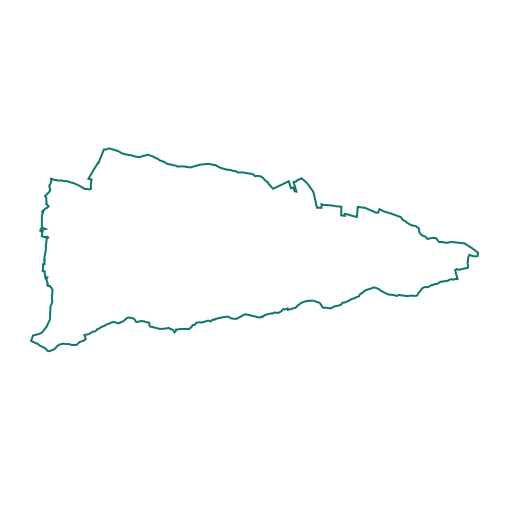 Balilesti, Arges, Romania (Mercator projection), rotated 272°
{"feature_id": "2599482B12709489065851", "entity_name": "Balilesti", "entity_type": "district", "adm_level": 2, "iso_a3": "ROU", "parent_name": "Romania", "parent_adm1": "Arges", "projection": "mercator", "projection_center": [24.936, 45.06], "detail": "fine", "context": "isolated", "style": "outline", "palette": "teal", "viewbox_px": 512, "rotation_deg": 272, "n_neighbors": 0, "source": "geoboundaries", "source_scale": "gbopen_adm2", "svg_char_len": 6002}
<svg xmlns="http://www.w3.org/2000/svg" viewBox="0 0 512 512"><g transform="rotate(272 256 256)"><path d="M267.1,477.8L271.5,471.4L275.9,463.8L276.9,450.6L275.8,446.7L276.1,443.3L276.6,441.8L276.4,440.7L276.3,438.5L280.1,435.4L280.4,432.4L279.0,426.7L281.3,424.5L282.4,421.2L284.9,418.6L289.4,417.7L289.9,417.1L290.1,416.3L290.9,415.5L291.5,414.5L292.3,409.8L294.9,405.2L295.6,404.7L297.4,401.1L299.8,399.6L303.3,388.8L305.0,382.2L307.1,377.9L305.6,377.2L303.6,376.7L303.5,374.5L307.9,363.3L308.2,360.0L308.7,356.1L298.5,355.4L299.6,350.4L300.6,346.8L301.2,343.1L299.2,343.3L299.6,339.7L308.1,339.6L308.3,338.9L308.5,334.4L309.2,329.6L309.1,329.3L309.4,324.4L309.3,322.2L309.5,321.1L310.1,319.7L306.4,319.8L306.4,315.3L311.1,313.9L312.3,313.9L313.1,313.5L321.6,311.2L322.8,310.6L330.3,304.7L333.7,300.9L333.9,300.3L335.2,298.8L332.6,293.9L332.3,293.5L331.7,293.4L331.2,291.0L321.8,294.1L322.0,292.4L325.7,291.0L324.9,288.6L331.9,286.1L330.3,283.3L323.8,270.7L328.3,266.3L329.2,265.6L330.1,265.4L330.8,263.8L332.9,261.5L334.4,260.2L335.9,257.4L336.1,254.8L335.7,252.2L337.1,250.9L338.2,247.9L338.2,245.2L338.7,242.6L339.1,239.8L338.8,236.2L339.0,234.5L339.9,233.2L340.1,232.6L340.3,231.1L340.1,230.2L341.0,227.9L341.0,226.9L341.3,225.4L341.1,224.2L341.6,223.0L342.0,220.6L342.7,218.2L343.6,215.8L344.2,214.7L344.6,213.4L345.5,212.5L345.4,210.9L346.4,206.4L346.3,203.9L345.3,196.9L342.2,187.3L342.6,183.5L343.0,181.3L342.9,179.9L343.0,178.3L342.6,174.4L343.5,173.0L343.9,169.4L344.3,168.6L344.4,167.3L344.6,166.3L344.6,165.1L344.8,164.9L345.3,163.4L347.0,160.8L347.0,160.1L347.8,158.1L348.0,157.0L348.3,156.3L349.1,155.4L349.8,154.3L350.3,152.4L351.8,149.8L353.1,145.4L353.6,144.4L352.6,142.4L352.5,140.7L351.2,137.8L350.7,135.3L351.3,131.3L352.3,127.9L352.5,124.9L353.8,118.5L355.7,115.2L356.2,113.9L358.4,105.9L358.2,104.7L357.1,102.2L357.2,100.3L343.6,95.4L343.8,94.9L327.3,85.8L327.0,86.8L326.9,88.9L320.5,88.4L317.5,88.9L316.7,87.2L317.1,85.1L317.2,83.6L316.9,82.8L320.5,76.1L322.6,70.7L323.1,68.1L324.2,64.6L324.1,62.0L324.5,60.0L324.8,57.9L324.5,55.5L325.0,53.1L325.0,51.4L325.5,50.6L326.1,48.5L323.3,48.8L320.8,48.0L319.0,46.9L315.4,48.0L314.5,47.9L313.5,47.5L312.2,46.6L308.8,43.1L308.4,43.1L306.9,44.4L305.2,44.4L303.7,44.7L301.8,44.7L301.0,44.9L300.4,44.6L300.2,45.1L300.3,45.4L300.1,45.8L299.4,46.0L298.3,47.0L296.5,44.9L296.4,44.5L295.8,43.6L292.9,40.7L292.4,40.9L292.6,41.8L288.9,40.6L277.2,41.0L276.4,42.3L275.6,44.9L275.4,44.4L275.6,43.3L276.0,42.3L275.8,41.2L275.9,40.5L275.4,40.3L274.9,39.7L273.5,39.6L273.3,39.9L273.7,41.4L273.7,41.8L272.8,41.1L272.5,41.1L272.4,41.6L268.4,41.3L268.3,42.0L267.4,43.3L267.7,45.0L268.0,45.5L267.9,46.7L267.7,47.3L267.3,47.5L267.3,47.0L266.5,46.9L266.5,46.2L260.3,45.9L259.5,45.5L256.1,45.9L247.8,44.7L244.1,44.9L244.3,44.5L240.5,44.9L240.4,43.5L237.1,43.6L233.4,43.4L233.3,45.4L231.4,45.4L228.9,46.0L226.3,46.3L226.3,46.8L227.4,46.9L227.4,48.2L225.1,47.3L221.0,48.9L220.2,48.7L219.9,48.3L219.6,48.5L219.5,49.4L218.8,49.4L218.7,51.3L217.5,51.8L217.0,52.7L215.0,53.9L213.8,53.7L210.1,53.7L209.2,53.4L202.8,54.0L198.0,52.3L185.5,52.3L177.9,49.1L172.1,44.8L170.7,42.4L168.7,35.9L163.2,34.2L161.5,38.3L160.9,40.3L160.4,41.2L159.3,42.4L156.4,48.6L154.0,50.9L153.6,52.2L154.0,53.9L156.1,58.0L159.1,60.6L160.8,63.2L161.7,66.4L161.3,69.4L161.5,71.4L161.3,72.8L160.6,75.1L160.9,76.9L160.7,78.0L160.9,79.8L162.4,81.4L163.9,82.6L164.5,84.5L165.5,86.9L167.0,88.8L168.2,88.3L169.4,88.1L170.8,87.2L171.5,88.6L171.8,90.9L172.2,92.0L174.4,95.0L174.6,95.5L174.9,97.4L175.2,98.0L176.1,99.1L177.5,100.1L177.9,101.7L179.4,103.4L181.3,107.7L182.2,108.8L182.8,110.0L183.1,111.3L185.0,114.9L185.0,116.7L183.9,120.6L184.5,122.6L184.9,122.6L185.9,125.0L187.0,126.6L188.7,128.2L189.9,130.0L190.0,132.2L189.5,135.2L188.4,136.8L185.9,138.6L185.8,139.1L186.1,140.8L186.3,140.9L187.0,143.1L186.8,145.4L186.9,146.4L186.2,148.1L185.7,151.4L184.2,151.9L183.3,151.8L181.6,153.0L181.5,154.6L179.8,162.2L180.0,166.1L180.4,168.6L181.0,170.5L181.0,171.5L180.1,172.9L179.7,174.5L178.9,175.9L177.0,177.0L176.8,177.2L178.5,178.6L179.7,178.7L179.8,180.3L180.5,183.5L180.7,188.7L180.6,190.8L180.7,191.7L182.6,193.8L184.9,195.3L184.9,197.2L186.6,198.2L187.5,199.4L187.4,200.3L187.9,202.3L187.6,204.0L189.4,209.5L189.7,210.1L189.7,211.1L189.2,212.0L189.1,213.0L189.6,213.8L190.8,214.9L190.7,215.6L191.4,217.0L191.2,217.7L191.8,218.1L193.2,223.1L194.0,227.0L194.5,230.1L192.9,232.9L192.4,237.4L192.8,239.3L197.1,246.4L197.3,248.7L194.6,261.7L196.0,264.8L195.6,264.8L197.1,266.8L198.2,269.5L199.1,273.1L199.2,275.0L200.2,276.5L199.9,279.2L200.1,280.9L200.9,281.8L201.1,282.5L202.3,283.8L203.9,285.0L203.6,286.7L204.3,289.0L204.6,289.4L203.3,289.8L205.7,297.3L206.9,298.6L207.3,298.8L208.1,299.5L208.9,300.9L210.3,302.1L212.0,305.8L212.7,308.0L213.4,313.9L212.9,316.2L211.6,320.7L211.1,321.5L206.6,324.8L206.8,327.7L206.2,332.6L208.3,335.9L208.9,338.8L210.2,342.7L212.1,343.8L212.3,344.1L212.5,345.8L213.0,347.2L214.8,350.7L216.3,353.0L217.1,355.6L217.5,356.3L218.2,357.2L218.4,358.2L219.4,360.4L221.0,361.0L222.2,362.2L222.6,363.4L223.1,363.7L225.4,366.4L226.6,369.3L227.3,371.7L228.6,374.3L228.5,376.4L227.9,378.1L227.1,380.1L226.2,381.0L223.9,385.5L223.4,386.9L222.4,388.7L222.0,390.9L222.0,392.8L221.6,395.8L221.1,397.5L221.3,399.0L221.9,399.7L222.0,401.0L221.6,402.6L221.8,404.0L221.6,405.2L221.4,405.8L221.2,407.7L221.4,410.6L221.7,411.4L221.9,413.3L221.7,414.3L221.7,416.3L221.9,417.7L222.2,418.3L222.7,418.8L224.3,419.3L226.0,420.8L229.3,423.1L230.2,424.3L231.0,426.5L230.8,428.0L231.2,429.6L232.8,432.1L233.3,434.0L233.9,435.1L234.5,438.2L236.6,441.2L236.9,442.0L237.1,444.4L237.6,446.0L237.6,447.0L237.9,448.0L237.8,448.6L238.7,449.5L239.4,451.0L239.4,451.6L239.6,452.2L239.6,453.1L239.2,454.3L240.2,456.2L239.8,457.8L239.9,458.2L242.8,457.5L243.6,456.9L249.0,455.6L250.0,457.1L249.4,458.4L249.4,459.4L249.5,460.4L250.7,464.4L251.5,468.2L254.4,468.2L255.9,467.7L261.6,468.1L264.7,469.2L263.6,472.0L263.2,475.3L263.8,477.5L267.1,477.8Z" fill="none" stroke="#0f766e" stroke-width="2"/></g></svg>